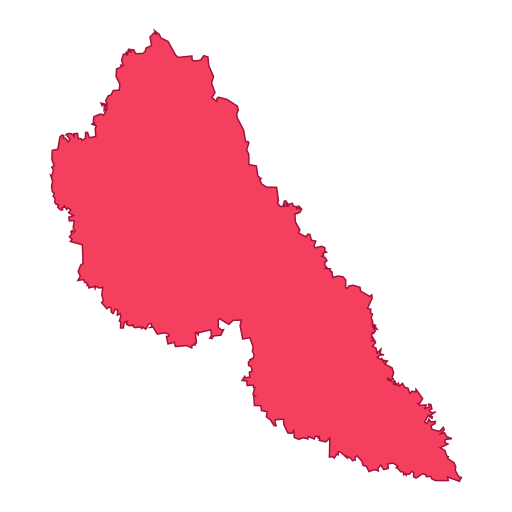 outline of Dinajpur, Rangpur, Bangladesh
{"feature_id": "16705992B66423446659680", "entity_name": "Dinajpur", "entity_type": "district", "adm_level": 2, "iso_a3": "BGD", "parent_name": "Bangladesh", "parent_adm1": "Rangpur", "projection": "natural_earth1", "projection_center": [88.877, 25.643], "detail": "fine", "context": "isolated", "style": "filled", "palette": "rose", "viewbox_px": 512, "rotation_deg": 0, "n_neighbors": 0, "source": "geoboundaries", "source_scale": "gbopen_adm2", "svg_char_len": 5998}
<svg xmlns="http://www.w3.org/2000/svg" viewBox="0 0 512 512"><path d="M159.4,34.5L154.6,30.7L155.8,33.9L153.9,33.0L150.0,37.1L151.6,45.6L146.2,47.9L145.1,51.6L142.7,53.5L135.6,53.7L133.9,49.9L128.5,49.2L128.2,50.5L132.2,51.7L128.6,51.7L127.3,53.9L126.8,51.9L125.7,53.2L126.9,54.8L123.4,54.2L121.6,60.2L123.2,65.5L120.8,65.1L121.1,67.1L116.5,69.0L116.1,76.7L119.8,84.0L119.3,90.2L113.4,90.4L111.0,95.0L108.2,95.9L105.7,100.7L107.3,104.0L106.3,108.5L105.7,104.1L101.0,103.1L102.1,105.6L102.8,104.3L104.3,105.0L104.1,110.7L106.7,109.4L103.7,115.1L100.5,114.0L94.0,116.6L93.3,120.8L95.1,124.6L93.2,123.0L91.9,124.1L96.4,126.0L95.2,128.5L95.8,136.5L89.4,137.7L87.5,132.4L85.6,132.4L85.4,138.5L81.9,140.4L81.4,138.8L78.2,138.5L77.5,133.4L73.8,133.7L74.2,136.4L70.9,133.5L68.2,133.6L66.1,134.5L69.8,139.0L68.3,141.9L65.5,138.3L63.4,138.0L63.9,135.8L62.1,135.0L60.0,136.9L57.8,149.2L52.2,150.4L51.9,159.6L54.2,165.8L51.7,167.2L53.4,169.8L51.9,175.9L50.6,175.1L52.6,181.4L51.5,186.3L52.3,191.7L54.2,193.0L53.2,196.3L55.3,198.8L54.7,202.1L56.1,204.3L58.5,204.7L57.7,207.1L60.5,210.0L62.7,209.8L62.1,207.9L64.7,207.1L63.9,205.1L66.6,209.5L68.1,207.9L70.9,209.9L68.6,212.6L73.4,215.6L68.8,217.2L69.3,220.9L74.3,220.7L73.2,227.4L75.2,231.3L73.9,232.5L72.4,230.3L70.8,231.9L71.8,234.0L69.4,236.8L72.0,239.2L70.3,241.5L82.4,244.8L83.0,263.5L80.7,265.0L78.2,271.5L80.3,276.2L77.9,280.5L83.6,279.5L84.6,282.4L87.5,283.2L87.0,285.5L88.8,285.7L88.8,287.9L94.3,286.6L95.0,288.4L95.4,286.1L98.9,288.0L102.7,287.5L101.8,294.9L103.3,300.9L101.6,302.6L106.9,308.8L108.9,307.0L111.2,308.3L111.1,311.9L113.2,313.6L115.1,309.2L117.5,309.9L117.3,315.2L120.3,313.8L120.8,316.3L119.4,321.2L120.7,321.8L120.5,328.0L123.4,328.0L124.1,322.7L127.2,321.3L126.4,324.2L129.5,325.8L133.2,325.0L133.0,326.5L135.2,327.7L141.0,326.9L141.4,328.6L143.2,327.4L145.7,329.2L148.6,324.0L151.4,323.7L151.8,326.3L150.1,327.4L153.1,327.2L157.3,334.1L165.1,332.8L168.9,334.5L168.9,336.2L166.4,336.4L168.0,344.0L174.2,342.3L175.4,346.6L186.7,345.6L191.7,347.9L192.1,345.3L195.3,344.8L194.8,343.3L196.5,342.9L195.3,332.5L197.9,332.5L197.3,334.0L198.1,334.8L198.3,332.8L210.7,329.8L211.5,335.3L209.8,338.2L212.0,338.5L213.6,335.9L220.8,335.2L223.5,329.7L221.2,329.9L218.3,327.3L218.3,319.6L219.4,318.6L228.8,324.4L233.1,320.3L241.3,320.1L240.1,325.7L242.7,339.0L249.8,337.7L253.2,347.1L252.4,351.1L254.1,354.7L253.2,358.1L249.3,359.9L250.7,360.0L248.4,362.1L248.6,365.6L250.9,366.3L251.8,369.1L251.9,371.4L249.3,372.1L249.9,377.0L245.4,377.8L244.7,376.4L242.1,380.5L246.9,381.0L247.1,385.5L253.1,385.1L253.5,387.5L254.8,387.3L253.0,394.4L255.1,395.9L253.7,396.0L254.4,405.5L261.0,405.7L261.4,410.6L267.3,411.7L266.3,416.8L270.3,419.7L274.0,425.6L276.1,425.7L274.8,421.1L275.7,419.8L283.5,419.1L283.9,424.7L287.9,433.0L291.9,433.3L293.6,430.5L294.3,437.5L298.7,439.3L303.5,437.7L307.9,439.0L308.2,436.5L314.3,439.0L315.1,436.4L319.2,436.5L318.1,438.0L319.8,438.8L319.3,440.4L325.8,441.9L329.8,438.1L329.4,457.1L333.0,456.7L334.2,458.1L336.8,454.3L338.2,454.8L338.1,451.8L340.6,452.1L346.8,457.7L346.3,456.1L351.0,458.5L352.5,460.7L355.2,460.1L355.0,457.3L357.2,455.9L361.7,461.0L363.1,465.4L366.4,466.3L369.0,471.6L374.4,469.6L378.4,470.9L377.9,468.4L380.7,464.9L383.8,469.6L388.4,468.3L387.8,463.9L393.2,463.1L397.9,466.2L395.5,468.1L397.1,467.6L400.6,471.7L403.2,472.0L403.8,474.8L405.0,473.5L406.3,475.3L406.8,473.9L409.4,474.2L411.7,471.4L413.7,472.6L413.5,476.8L416.1,478.1L422.6,473.7L425.9,474.7L426.4,476.7L430.6,476.4L431.9,479.0L435.6,480.6L448.3,480.6L447.5,477.0L459.4,481.3L461.4,477.5L458.7,476.7L455.3,470.4L455.7,466.5L454.0,462.7L447.5,458.4L448.4,456.7L446.9,456.2L444.8,450.4L440.1,447.7L447.9,444.1L444.5,442.3L445.6,439.4L451.9,438.7L446.6,436.6L444.5,432.7L440.4,434.0L444.3,429.7L443.3,427.3L439.5,431.4L432.0,429.5L431.1,425.8L435.0,423.6L435.4,421.4L430.8,422.0L428.9,419.2L427.0,423.4L424.6,422.3L428.7,414.5L428.5,415.9L432.0,418.4L432.4,417.0L430.2,415.4L435.7,411.7L432.7,412.9L429.9,411.4L429.4,409.8L431.9,409.0L431.0,404.7L428.7,404.1L429.2,407.2L424.9,408.5L426.4,405.0L419.5,405.2L418.0,403.5L419.9,403.2L422.7,398.6L416.0,389.3L415.8,391.9L412.0,391.2L409.8,393.4L408.0,388.2L404.6,387.2L402.5,383.3L399.3,386.2L398.4,383.2L396.7,385.0L393.5,384.3L393.7,383.1L396.4,384.2L394.6,380.8L391.9,381.6L387.3,379.6L387.8,378.2L390.6,379.9L393.3,379.2L392.1,377.2L393.6,372.9L392.1,367.9L384.9,364.1L387.4,361.0L383.8,360.3L383.8,362.1L381.7,358.4L380.5,359.4L377.2,357.4L380.3,355.0L384.0,354.9L380.1,353.7L380.9,349.2L377.1,353.2L376.1,348.3L372.5,346.2L375.6,342.6L374.9,340.9L372.2,340.9L374.1,339.5L371.7,338.1L372.9,337.6L371.5,335.6L372.2,332.6L373.4,333.5L375.4,331.0L373.5,328.0L377.0,329.2L374.9,326.1L373.6,327.8L372.5,326.2L375.2,325.1L372.1,323.8L372.8,322.1L371.2,317.5L372.5,314.1L370.5,312.8L370.8,309.3L367.5,308.2L372.1,298.3L371.8,294.9L369.7,296.4L360.6,291.1L360.0,287.3L353.0,285.2L348.7,286.1L347.3,288.5L345.7,287.6L345.7,279.9L342.9,276.8L338.1,276.0L332.8,277.5L332.0,271.8L330.2,271.2L330.5,268.9L325.4,268.3L326.7,267.3L324.9,265.5L325.0,262.3L327.0,260.7L325.2,257.6L321.9,256.3L323.5,255.5L323.1,253.3L326.5,252.1L325.0,251.1L324.8,247.7L321.7,246.3L315.2,247.8L313.9,245.8L315.8,241.1L311.4,240.2L309.9,234.4L307.8,234.2L305.8,236.8L298.6,233.0L299.9,229.9L295.4,221.9L294.9,214.1L299.8,212.5L301.7,209.1L299.0,206.3L299.1,208.5L297.9,207.3L296.9,208.6L296.7,206.5L293.8,206.5L292.2,203.3L288.3,204.5L285.7,200.8L284.3,201.2L283.4,205.0L286.3,204.3L288.2,206.3L280.1,206.4L277.4,202.9L278.5,200.6L276.6,187.3L266.5,187.2L261.6,183.9L259.8,179.6L261.1,178.7L257.9,176.1L256.3,165.9L248.9,164.6L248.8,154.2L246.6,149.9L248.9,142.8L247.9,141.4L245.6,141.9L243.7,130.3L237.2,117.8L236.8,113.6L238.3,110.1L237.3,106.2L227.0,99.4L218.6,97.2L217.1,98.1L216.6,101.4L211.9,97.6L215.0,92.6L211.5,83.2L213.5,76.6L208.8,65.7L207.9,56.9L203.7,55.7L200.8,60.1L195.0,61.0L192.2,60.3L191.9,56.0L178.5,57.4L175.8,55.4L168.0,41.4L160.8,38.0L159.4,34.5Z" fill="#f43f5e" stroke="#9f1239" stroke-width="1.5"/></svg>